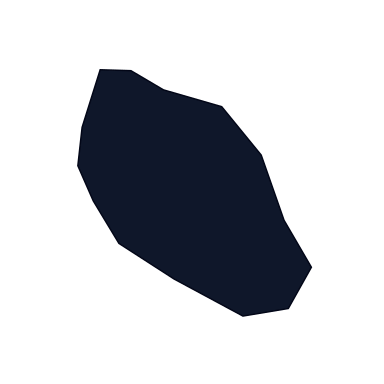 the Provincial City of Chiayi City, rotated 218°
{"feature_id": "TWN-1171", "entity_name": "Chiayi City", "entity_type": "Provincial City", "adm_level": 1, "iso_a3": "TWN", "parent_name": "Taiwan", "parent_adm1": "", "projection": "albers", "projection_center": [120.447, 23.481], "detail": "fine", "context": "isolated", "style": "filled", "palette": "ink", "viewbox_px": 384, "rotation_deg": 218, "n_neighbors": 0, "source": "natural_earth", "source_scale": "10m", "svg_char_len": 348}
<svg xmlns="http://www.w3.org/2000/svg" viewBox="0 0 384 384"><g transform="rotate(218 192 192)"><path d="M217.9,106.5L264.3,124.2L298.1,142.4L318.4,175.3L339.6,231.8L314.8,250.0L277.4,254.9L221.1,277.5L160.2,263.7L102.1,226.4L51.6,206.2L44.4,159.5L75.5,125.6L152.6,112.4L217.9,106.5Z" fill="#0f172a" stroke="#020617" stroke-width="1.5"/></g></svg>